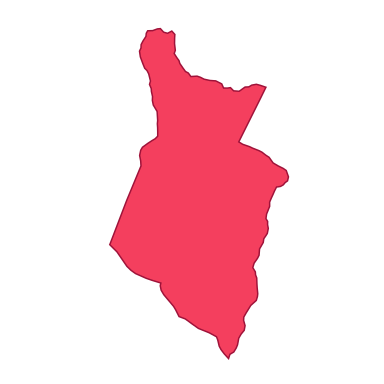 outline of Cachoeirinha, Tocantins, Brazil, rotated 109°
{"feature_id": "56859067B94682189349477", "entity_name": "Cachoeirinha", "entity_type": "district", "adm_level": 2, "iso_a3": "BRA", "parent_name": "Brazil", "parent_adm1": "Tocantins", "projection": "robinson", "projection_center": [-47.863, -6.098], "detail": "fine", "context": "isolated", "style": "filled", "palette": "rose", "viewbox_px": 384, "rotation_deg": 109, "n_neighbors": 0, "source": "geoboundaries", "source_scale": "gbopen_adm2", "svg_char_len": 1995}
<svg xmlns="http://www.w3.org/2000/svg" viewBox="0 0 384 384"><g transform="rotate(109 192 192)"><path d="M65.1,287.5L69.2,288.1L72.5,287.1L75.9,287.5L81.1,284.8L86.6,280.3L90.4,277.0L91.8,274.1L94.4,271.4L100.6,267.4L104.1,267.2L107.5,264.2L110.2,263.1L114.6,260.4L118.3,259.3L122.4,256.9L127.2,251.2L135.7,247.7L138.7,247.0L142.5,245.4L146.6,243.9L150.4,242.6L153.7,244.2L156.5,246.6L160.5,249.7L163.1,251.5L165.8,253.4L169.2,254.1L174.5,253.4L179.4,250.6L184.0,248.7L221.1,251.0L268.6,252.6L273.0,243.5L283.5,229.3L285.9,224.2L287.5,218.9L288.5,207.2L288.5,200.8L288.2,191.8L291.0,191.5L294.9,189.2L298.3,185.2L306.1,172.2L308.7,169.1L314.0,163.7L314.2,157.0L316.6,149.3L318.9,141.5L319.5,129.9L320.9,121.7L323.5,119.5L328.9,116.1L331.6,113.2L334.6,108.7L337.6,103.2L333.1,103.3L329.7,100.4L325.2,99.4L321.7,99.2L318.9,99.6L315.0,100.2L310.4,99.3L305.8,97.6L301.1,98.3L296.6,101.4L293.4,102.3L288.5,101.4L285.0,100.6L280.1,99.5L273.6,95.9L269.5,96.1L266.8,96.7L261.1,99.3L257.2,100.9L252.2,102.8L249.7,104.9L246.9,106.1L243.7,109.9L239.1,110.1L233.5,108.5L230.0,108.0L223.8,109.6L216.6,108.2L212.8,108.9L209.6,108.0L206.7,107.3L201.6,108.0L198.3,109.9L195.2,110.9L193.1,113.4L188.5,114.3L184.8,114.1L180.3,113.9L176.3,115.3L171.8,115.0L167.9,114.6L164.0,114.3L159.8,113.7L157.9,110.1L155.5,108.0L152.8,107.0L150.4,105.3L146.3,105.7L141.0,109.9L140.0,113.4L139.2,119.6L138.1,124.8L134.1,130.4L133.1,134.4L131.6,138.7L131.1,142.0L130.8,149.0L130.4,152.2L130.4,159.5L129.4,164.1L117.2,162.5L80.1,157.6L68.9,156.2L68.9,162.0L69.2,166.2L71.5,170.3L74.1,172.5L75.5,176.0L81.4,180.2L82.8,185.6L80.8,189.6L82.2,192.3L83.4,196.0L80.1,199.1L79.2,205.7L80.7,211.4L81.4,217.3L80.8,221.3L80.8,224.9L83.2,230.7L80.7,234.2L80.2,237.4L77.6,241.1L74.4,245.4L72.1,247.0L69.9,250.1L66.9,253.9L63.5,253.9L57.4,256.8L51.9,258.6L48.6,259.5L46.4,263.5L49.9,266.8L50.1,270.9L47.8,275.1L49.1,277.9L52.2,281.7L54.0,286.4L56.8,286.9L59.9,286.2L65.1,287.5Z" fill="#f43f5e" stroke="#9f1239" stroke-width="1.5"/></g></svg>